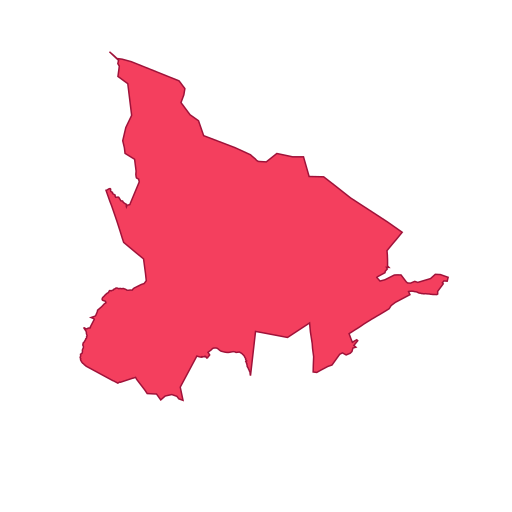 San Juan Bautista Valle Nacional, Oaxaca, Mexico, rotated 104°
{"feature_id": "50627088B61539725949690", "entity_name": "San Juan Bautista Valle Nacional", "entity_type": "district", "adm_level": 2, "iso_a3": "MEX", "parent_name": "Mexico", "parent_adm1": "Oaxaca", "projection": "robinson", "projection_center": [-96.283, 17.82], "detail": "fine", "context": "isolated", "style": "filled", "palette": "rose", "viewbox_px": 512, "rotation_deg": 104, "n_neighbors": 0, "source": "geoboundaries", "source_scale": "gbopen_adm2", "svg_char_len": 5968}
<svg xmlns="http://www.w3.org/2000/svg" viewBox="0 0 512 512"><g transform="rotate(104 256 256)"><path d="M413.7,291.9L402.6,297.3L401.6,297.8L367.4,289.2L367.4,288.8L367.5,287.8L367.5,285.8L367.5,285.7L367.3,284.1L366.8,284.2L365.9,280.6L365.7,280.7L365.8,280.2L366.4,279.8L366.6,279.3L366.9,279.0L366.5,278.4L365.5,278.1L365.2,277.9L364.8,277.7L363.2,277.0L361.1,279.3L360.8,279.1L360.0,278.4L359.2,277.8L358.3,277.0L356.5,275.9L356.0,275.5L355.5,274.6L355.2,273.6L354.9,272.6L354.9,271.5L355.3,270.3L356.2,268.6L356.5,267.8L356.8,266.9L356.8,265.2L356.8,263.0L356.6,260.8L356.2,259.2L355.1,256.8L354.3,255.0L354.1,253.3L354.4,252.0L353.2,248.9L354.0,246.2L355.0,244.5L355.6,243.5L357.0,242.3L358.2,241.1L358.8,241.1L359.8,240.3L360.1,239.7L360.9,240.4L361.6,239.7L362.1,239.3L362.5,239.2L362.6,238.9L362.9,238.9L364.2,238.2L364.8,237.9L364.9,238.0L365.0,238.0L365.1,237.8L365.4,237.6L365.9,237.3L366.0,237.2L366.4,236.7L366.6,236.5L367.4,236.0L367.6,235.8L368.1,235.3L369.2,234.6L370.0,233.8L370.4,233.6L370.6,233.6L372.7,232.8L373.0,232.6L373.4,232.4L329.3,238.2L328.9,232.0L327.4,205.7L308.0,187.8L316.6,184.8L327.3,180.3L331.9,178.8L339.8,175.7L348.0,174.0L354.7,172.5L354.3,168.9L351.0,165.4L348.5,162.6L345.8,159.6L343.4,155.9L331.1,151.0L329.1,148.7L330.2,144.6L327.6,141.1L325.5,139.8L321.9,139.7L320.3,137.0L319.1,139.4L313.6,136.8L312.9,138.0L314.8,140.1L316.4,141.6L313.0,144.1L309.6,146.4L308.8,146.9L305.8,144.0L305.0,143.3L303.1,141.5L301.5,139.9L298.7,137.3L296.5,135.4L295.5,134.5L292.2,131.3L290.7,129.8L289.5,128.7L287.7,126.8L286.4,125.5L285.7,124.8L284.5,123.6L283.1,122.1L281.9,120.9L279.0,118.0L278.0,117.0L275.0,114.1L271.4,112.9L267.3,109.6L256.3,97.3L253.6,99.4L253.2,98.8L253.1,98.2L252.9,97.7L252.7,97.2L252.5,96.7L252.4,96.1L252.3,95.6L252.2,95.0L252.2,94.5L252.2,93.9L252.2,93.3L252.1,92.6L252.0,92.3L252.0,91.9L252.0,91.2L252.2,90.5L252.3,89.7L252.5,88.9L252.4,88.1L252.3,87.4L252.4,86.2L252.2,85.5L252.2,84.7L252.0,83.9L251.8,83.1L251.5,82.3L251.4,81.2L251.3,80.8L251.3,80.4L251.1,79.5L250.9,78.6L250.9,77.5L250.7,76.3L250.6,75.7L250.6,75.2L250.2,73.6L249.7,71.2L248.9,70.5L246.4,71.2L237.7,67.6L237.0,68.7L234.7,67.6L234.2,64.4L230.2,64.4L229.4,72.6L230.4,77.6L235.7,81.2L242.5,92.7L242.2,95.8L245.0,99.6L245.5,102.5L244.7,104.0L239.3,110.7L240.2,114.6L241.0,117.2L247.9,125.2L250.3,129.6L247.6,133.6L246.9,133.3L241.0,126.8L239.5,126.9L236.9,125.5L235.4,126.7L234.9,124.3L233.8,126.0L231.6,126.5L227.7,127.5L225.3,128.2L223.5,128.7L219.1,130.2L217.0,129.2L214.9,128.2L210.9,126.3L206.1,123.9L197.6,119.9L191.1,136.8L176.8,178.2L169.0,195.5L162.8,209.5L166.0,223.7L148.3,233.9L150.9,244.4L151.3,255.4L151.5,260.6L162.2,268.8L163.7,276.8L163.5,277.0L163.2,278.3L162.4,279.6L162.0,280.1L159.9,284.4L159.1,285.8L156.0,302.3L151.9,335.9L138.7,344.5L134.9,354.2L125.3,365.9L117.1,365.0L110.8,365.5L104.7,373.0L97.6,424.1L97.4,433.5L98.0,438.7L96.3,441.7L93.3,447.6L97.3,440.5L99.4,436.7L102.8,436.6L104.8,434.6L107.2,434.3L115.2,433.4L119.8,422.1L149.3,410.8L149.8,410.7L162.8,413.4L176.4,413.2L182.8,409.9L188.1,407.9L191.5,397.2L202.6,392.9L206.0,392.3L208.3,391.4L209.2,390.8L209.8,388.5L211.2,387.8L212.3,387.2L228.1,389.6L236.7,390.9L237.1,391.7L237.9,393.4L239.7,393.6L239.4,393.8L237.2,394.3L236.8,395.9L236.0,397.8L235.1,398.5L234.9,399.2L235.1,399.7L235.1,400.5L232.5,403.1L232.2,403.5L232.2,404.1L233.0,406.4L232.0,407.2L231.0,407.4L230.1,410.3L229.0,410.6L228.7,411.8L228.5,412.5L227.5,413.0L226.3,413.2L225.9,413.8L226.2,414.7L228.5,417.1L228.6,417.4L238.0,411.2L242.4,408.1L256.0,399.3L260.5,396.5L263.6,394.6L264.2,394.2L265.2,393.6L271.0,390.1L274.8,387.7L276.7,383.8L278.2,380.7L281.9,373.1L286.0,364.4L293.9,361.3L299.7,359.0L306.5,356.5L309.8,357.9L311.3,360.3L316.6,366.5L317.7,367.3L318.6,367.7L318.9,367.7L319.2,368.4L319.3,368.9L319.5,370.1L319.8,370.6L320.0,371.2L320.2,371.8L320.4,373.0L320.3,373.3L320.1,373.7L319.9,374.3L319.8,374.8L319.8,375.5L319.7,376.0L319.6,376.7L319.7,377.2L319.9,377.6L320.2,378.4L320.3,379.3L320.3,380.0L320.5,380.5L320.9,381.1L320.8,382.0L320.7,382.9L320.8,383.6L321.1,384.3L321.7,384.7L322.2,385.2L322.6,385.9L323.4,386.1L323.7,386.5L324.0,387.2L324.7,387.8L324.9,388.5L324.8,389.3L325.0,389.7L325.6,390.0L326.0,390.1L326.8,390.2L327.1,390.4L327.6,390.7L327.9,391.2L328.6,391.8L329.1,392.0L329.4,392.4L329.8,392.5L330.7,393.2L332.1,393.8L332.5,394.2L333.3,394.6L333.7,394.8L334.2,394.9L334.8,394.9L335.6,394.7L336.0,394.2L336.2,393.5L336.2,392.4L336.3,391.4L336.9,390.7L337.7,390.3L338.3,390.9L339.1,391.6L341.3,392.8L342.4,393.4L346.9,396.6L347.3,396.6L347.8,396.5L348.3,396.5L350.7,396.8L351.1,397.0L351.6,396.9L352.1,397.1L352.7,397.2L353.1,397.5L353.5,397.9L354.0,398.7L355.6,401.2L356.1,398.1L356.6,397.6L365.0,399.6L365.6,399.4L366.0,399.6L366.1,400.1L366.4,400.8L366.5,401.4L366.9,401.7L367.4,402.2L367.7,402.7L367.7,403.2L367.7,403.9L367.5,404.4L367.2,405.0L367.5,405.5L368.0,405.1L368.4,404.5L368.9,404.0L369.6,403.3L370.0,402.7L370.7,402.4L371.2,402.1L371.6,401.9L372.3,401.8L373.1,401.3L373.6,401.0L374.3,400.6L374.8,400.7L375.4,400.9L376.0,400.6L376.6,400.6L377.3,400.9L377.6,401.2L378.7,401.2L379.3,401.4L379.8,401.6L380.4,401.8L381.2,402.0L381.7,402.3L382.0,402.6L383.0,402.6L383.6,402.6L384.5,402.4L384.9,402.0L385.5,401.6L386.0,401.5L387.1,401.3L387.7,401.5L388.1,401.6L388.9,401.7L389.5,401.7L390.0,401.5L390.5,401.3L391.7,401.2L392.5,401.3L392.9,401.7L393.5,402.2L393.8,402.5L394.7,402.2L395.5,401.9L396.4,402.1L397.3,402.0L397.9,401.3L398.1,401.3L398.6,401.3L399.1,401.1L399.5,400.9L399.9,400.5L400.3,400.1L400.7,399.8L401.1,399.4L401.3,399.0L401.7,398.6L402.0,398.2L402.1,397.6L402.4,397.2L402.6,396.8L402.9,396.4L403.2,396.0L403.3,395.4L403.5,395.0L403.8,394.6L404.0,394.2L411.6,364.7L411.6,364.1L412.8,359.3L411.3,357.8L411.3,357.0L404.6,346.4L404.1,345.4L402.9,343.5L404.6,341.9L412.9,331.5L413.6,330.7L415.8,328.3L414.0,319.1L418.7,313.6L413.8,310.2L410.8,304.2L411.3,298.8L413.3,296.3L413.7,291.9Z" fill="#f43f5e" stroke="#9f1239" stroke-width="1.5"/></g></svg>